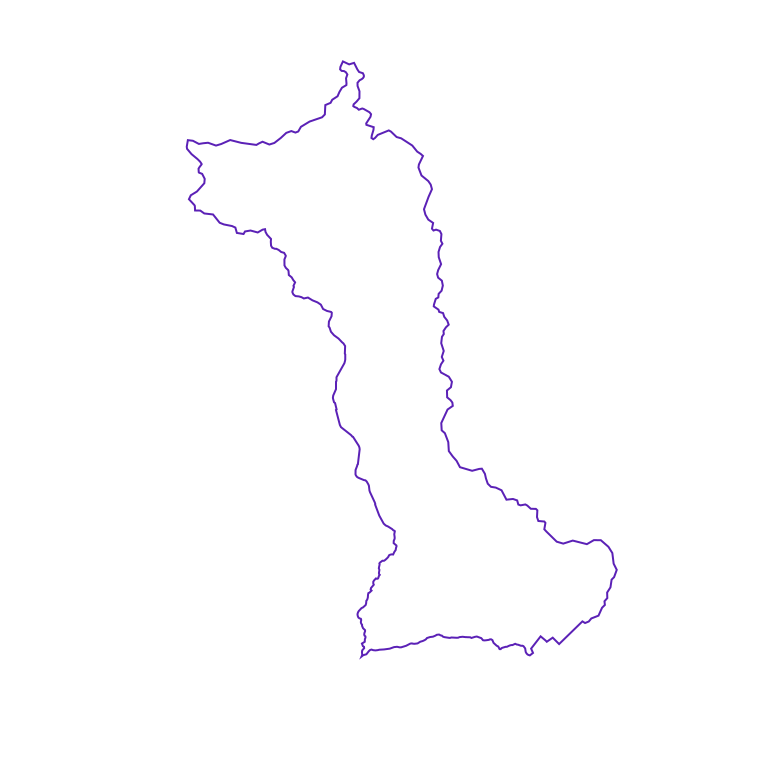 Guichón, Paysandú, Uruguay (Robinson projection), rotated 65°
{"feature_id": "84410073B13799426117968", "entity_name": "Guichón", "entity_type": "district", "adm_level": 2, "iso_a3": "URY", "parent_name": "Uruguay", "parent_adm1": "Paysandú", "projection": "robinson", "projection_center": [-56.915, -32.321], "detail": "fine", "context": "isolated", "style": "outline", "palette": "violet", "viewbox_px": 768, "rotation_deg": 65, "n_neighbors": 0, "source": "geoboundaries", "source_scale": "gbopen_adm2", "svg_char_len": 6132}
<svg xmlns="http://www.w3.org/2000/svg" viewBox="0 0 768 768"><g transform="rotate(65 384 384)"><path d="M390.2,324.0L388.0,320.3L383.9,320.2L379.3,315.9L371.2,314.9L365.7,311.5L364.0,308.7L361.1,307.7L358.8,303.9L357.6,300.3L353.2,299.9L348.6,301.0L344.7,300.5L342.0,303.5L339.6,303.2L334.7,306.1L333.2,305.2L328.7,301.1L328.5,298.2L325.4,296.4L323.8,292.4L319.7,289.1L314.8,287.9L310.5,290.0L306.8,289.4L303.7,286.8L299.5,281.6L292.2,280.8L287.4,278.8L283.5,275.3L281.6,271.8L278.2,271.9L272.4,268.6L268.9,268.7L266.1,271.6L265.8,274.3L263.5,274.9L258.8,271.4L253.7,274.4L248.0,274.9L242.5,273.9L233.1,264.4L227.7,258.2L223.0,257.4L218.8,258.1L210.9,261.9L202.4,261.3L199.8,259.6L193.8,252.3L191.0,253.5L187.4,255.7L179.8,257.6L168.6,264.6L165.5,268.2L158.2,271.0L156.2,272.5L155.6,284.4L157.2,288.1L157.6,290.3L155.7,291.4L153.7,290.1L149.3,286.2L146.9,284.8L141.7,290.4L140.3,290.0L136.1,283.3L134.0,281.7L131.6,282.3L126.1,286.2L125.1,287.3L124.8,290.9L122.4,291.9L120.3,293.8L119.1,294.4L117.7,293.3L116.5,289.6L114.6,285.5L108.3,282.5L102.7,282.0L99.8,280.7L98.4,277.7L98.3,275.4L97.9,273.8L97.0,272.4L95.7,271.8L93.4,271.8L90.7,274.7L87.6,275.2L80.3,275.4L79.6,280.5L74.3,284.9L78.2,289.5L80.3,290.8L82.3,290.1L83.5,288.0L85.3,286.8L88.0,286.4L90.9,289.2L95.8,291.0L97.2,291.8L97.7,296.9L100.5,301.0L103.6,304.5L104.5,310.8L106.6,313.6L106.4,319.3L114.7,323.7L116.1,327.4L114.7,340.5L115.8,350.6L118.9,355.0L118.7,358.0L115.6,361.1L115.1,366.4L117.4,373.6L119.2,381.5L118.5,386.7L113.1,391.7L113.1,395.6L113.4,398.6L105.1,411.5L97.9,420.3L97.7,430.1L96.9,435.5L91.0,441.5L89.4,446.1L88.2,450.3L82.8,454.4L80.1,458.7L85.6,462.5L87.6,463.1L94.3,461.3L101.3,458.0L104.8,456.7L107.5,456.3L107.8,456.4L109.6,459.8L110.5,461.1L113.8,462.4L114.3,462.3L116.7,460.0L122.3,459.8L126.1,462.0L130.5,472.2L131.3,479.3L134.1,482.7L141.8,480.2L142.7,480.2L146.9,481.9L149.2,477.2L153.5,474.8L158.1,467.3L168.4,464.8L171.7,461.7L176.6,455.0L179.4,452.6L184.9,453.5L188.7,447.9L187.0,445.5L188.5,440.1L193.3,434.4L192.8,428.8L193.4,426.4L196.1,427.1L199.4,426.9L204.8,425.1L207.3,426.5L210.9,427.9L213.3,427.7L215.4,425.7L216.0,424.4L218.0,422.8L220.9,421.4L222.9,419.1L226.2,418.8L226.7,419.1L229.0,421.6L234.5,424.1L237.2,423.9L240.3,422.7L241.3,422.8L245.0,424.2L248.3,422.6L251.5,422.3L254.3,421.6L256.8,424.6L258.0,424.6L261.4,427.9L262.3,428.3L264.5,428.3L266.9,427.1L268.6,424.2L270.4,422.1L272.6,420.5L273.5,416.4L277.9,413.5L281.9,409.8L285.4,407.7L290.3,407.5L293.7,404.8L296.0,401.9L296.5,401.4L297.4,401.2L300.4,402.9L304.1,407.5L308.3,409.8L309.9,409.5L314.2,410.0L318.7,408.7L323.6,406.0L328.4,404.4L330.1,403.6L333.2,403.2L340.0,406.7L340.8,406.6L345.3,408.7L346.5,409.5L348.4,411.1L357.8,424.2L360.4,425.4L361.3,426.0L361.6,426.5L368.4,429.7L373.0,434.9L375.0,436.2L376.4,436.5L379.4,437.0L380.6,436.4L387.0,437.7L387.2,438.5L402.5,441.3L405.0,441.2L416.5,435.4L418.4,434.9L418.8,434.4L429.3,433.0L431.0,433.1L432.8,433.6L445.7,441.6L445.8,442.1L447.1,443.2L449.9,446.1L453.8,448.0L454.8,448.1L456.6,447.8L458.1,446.9L462.6,442.8L463.5,441.5L465.1,440.9L468.4,440.6L469.9,440.7L474.4,442.2L476.1,442.4L487.3,442.4L489.1,442.6L489.5,443.0L501.2,443.9L510.4,443.3L513.0,442.2L514.8,440.6L519.0,437.9L520.5,437.4L521.4,436.6L522.0,436.4L524.5,438.2L527.4,439.1L528.8,439.8L530.2,441.4L532.3,442.5L535.6,441.0L536.5,441.3L537.5,442.3L539.4,443.6L540.5,445.5L542.4,447.8L541.7,448.9L541.3,450.5L541.4,451.9L542.4,453.0L543.1,454.5L544.0,457.3L544.2,458.8L543.5,460.1L544.1,463.0L544.6,464.0L545.8,464.3L548.0,466.0L548.9,466.6L550.5,466.7L553.2,468.5L554.2,468.8L555.2,468.5L555.7,469.6L557.7,471.5L557.6,472.7L556.8,473.5L557.9,476.2L558.7,477.3L560.2,478.0L561.6,478.1L563.4,482.0L564.7,483.0L566.0,482.6L566.9,485.3L566.9,486.5L568.0,487.4L570.7,488.9L572.3,490.3L573.0,491.6L575.4,493.0L576.6,494.1L577.6,497.5L577.6,499.1L579.1,502.8L580.0,504.1L581.4,505.3L583.0,505.8L584.8,505.9L586.0,505.3L587.0,504.2L588.3,504.4L589.3,505.2L590.5,505.8L591.6,505.9L592.9,505.6L593.9,506.1L596.5,506.2L599.1,505.2L600.2,505.7L601.3,506.9L602.5,507.7L603.7,508.0L604.9,507.5L606.1,508.0L607.1,509.1L609.5,510.4L609.9,513.7L612.7,513.9L613.7,513.2L615.0,513.6L616.2,516.3L617.7,517.3L620.3,518.2L621.5,519.5L621.0,517.4L621.5,514.2L619.7,510.6L619.2,509.0L619.4,507.6L620.7,506.2L621.8,504.4L622.5,502.3L622.9,500.4L624.6,496.1L626.3,490.6L626.7,486.1L627.7,483.2L629.3,481.1L629.9,479.7L630.6,474.6L630.4,469.9L630.9,468.3L631.7,467.4L632.4,466.0L633.3,463.2L632.9,460.1L633.3,457.5L633.3,455.4L633.1,453.9L632.4,452.4L632.8,449.2L633.7,446.4L633.8,443.6L633.6,442.3L634.0,440.9L634.5,439.8L635.7,439.0L636.5,437.9L637.8,437.4L638.9,436.3L641.5,432.4L642.0,431.5L642.2,430.1L644.8,425.2L645.3,423.9L645.3,422.6L646.3,419.6L647.8,417.2L650.0,412.9L651.1,412.1L651.6,408.4L652.1,406.6L655.5,403.2L658.0,402.6L658.7,401.6L659.3,400.1L660.2,397.1L660.2,395.9L660.7,394.8L661.9,394.0L664.9,394.1L665.9,393.7L668.8,392.5L670.2,391.4L673.1,391.3L673.6,390.3L673.1,389.3L673.1,388.2L673.6,384.8L674.1,383.7L674.1,380.7L674.4,378.9L674.9,377.9L674.9,374.9L676.2,373.8L677.0,372.6L679.2,370.4L679.6,369.3L680.5,368.4L683.3,367.8L686.7,368.8L688.3,368.7L689.6,368.3L690.5,367.7L691.6,366.5L690.7,362.6L686.0,362.5L678.9,348.7L684.9,345.9L686.4,345.4L685.2,338.3L693.7,335.2L683.0,304.5L685.6,302.8L685.8,298.8L684.1,295.2L684.6,287.5L678.9,280.9L677.6,277.2L674.1,276.0L672.4,272.1L667.3,269.9L664.0,264.7L657.5,260.4L656.3,257.1L650.8,251.6L643.9,251.8L633.7,248.5L626.4,249.4L617.2,253.5L614.2,259.8L614.9,267.8L605.7,279.1L604.4,289.0L599.9,294.1L586.3,299.2L583.4,300.1L578.1,296.4L576.4,296.8L573.4,302.0L569.3,301.6L563.3,298.4L561.4,299.1L559.1,303.7L554.7,305.5L552.9,306.8L551.7,311.5L550.0,313.2L545.8,312.5L542.7,315.7L540.6,321.9L530.0,322.4L525.1,326.5L522.4,330.5L518.2,332.1L512.6,331.5L508.1,330.5L502.1,331.1L501.2,333.6L499.9,340.8L491.5,350.3L484.3,350.7L478.8,352.3L472.2,353.6L463.8,350.3L454.3,349.6L450.4,351.3L443.6,348.6L434.0,337.2L432.9,330.9L429.7,329.9L426.8,330.5L422.8,332.4L416.5,329.7L415.2,324.7L410.7,321.5L404.8,322.2L397.6,327.5L393.9,327.5L390.2,324.0Z" fill="none" stroke="#5b21b6" stroke-width="2"/></g></svg>